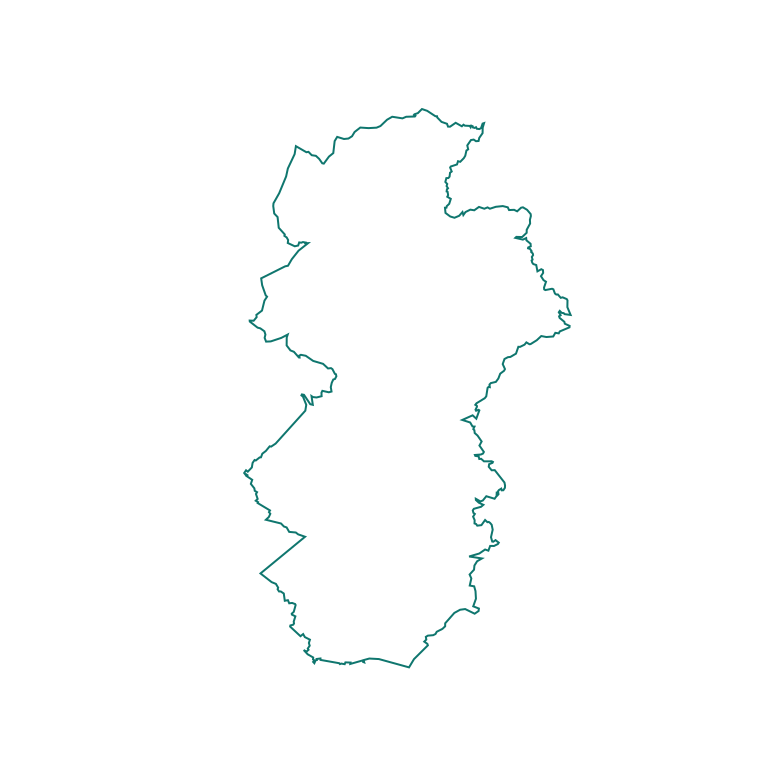 the district of Gómez Farías, Jalisco, Mexico, rotated 301°
{"feature_id": "50627088B14900923212728", "entity_name": "Gómez Farías", "entity_type": "district", "adm_level": 2, "iso_a3": "MEX", "parent_name": "Mexico", "parent_adm1": "Jalisco", "projection": "albers", "projection_center": [-103.412, 19.86], "detail": "fine", "context": "isolated", "style": "outline", "palette": "teal", "viewbox_px": 768, "rotation_deg": 301, "n_neighbors": 0, "source": "geoboundaries", "source_scale": "gbopen_adm2", "svg_char_len": 6166}
<svg xmlns="http://www.w3.org/2000/svg" viewBox="0 0 768 768"><g transform="rotate(301 384 384)"><path d="M235.7,310.0L234.9,312.0L235.6,312.2L235.5,313.9L234.3,313.7L234.0,320.4L229.8,321.3L227.8,326.6L225.9,328.2L225.9,330.9L223.8,330.9L220.4,334.9L217.9,334.2L217.9,336.9L216.9,337.0L216.9,351.4L214.9,351.4L214.2,353.4L210.7,353.8L206.8,352.7L211.4,367.6L210.3,371.6L210.9,374.4L208.4,378.9L211.3,384.9L210.9,387.8L212.4,395.0L158.0,375.7L156.3,389.7L157.0,394.3L154.9,398.2L153.3,398.5L152.1,400.9L153.0,402.4L152.8,406.0L147.1,410.6L149.2,413.0L147.2,415.7L149.0,418.0L149.6,421.2L149.0,422.1L142.2,424.0L139.6,423.2L138.9,423.8L139.2,427.7L133.8,429.0L132.4,430.2L131.0,430.2L128.8,428.1L127.7,428.5L124.8,442.3L128.0,443.5L126.3,446.5L126.7,452.2L123.3,453.0L121.4,455.1L118.0,454.9L117.3,456.2L114.7,455.4L114.6,452.2L113.0,457.8L113.1,464.2L111.4,465.0L111.2,466.8L109.3,466.4L108.8,468.1L111.9,467.7L112.8,468.6L113.6,467.9L116.0,470.9L114.8,471.7L121.6,489.4L121.2,490.5L122.3,491.3L123.6,494.6L125.5,494.3L128.0,498.8L126.7,499.3L136.3,508.3L135.0,509.2L135.2,510.4L136.8,508.7L141.1,512.8L145.6,521.3L154.0,551.4L163.6,551.4L182.6,556.2L183.6,555.0L183.9,551.2L186.7,551.9L188.8,550.1L190.9,551.2L194.0,555.5L196.2,556.9L198.8,556.8L204.2,560.2L207.8,561.2L210.4,559.7L224.0,562.2L229.7,565.5L232.9,569.5L233.8,580.0L238.1,582.0L240.4,581.0L239.4,575.0L247.3,573.4L253.6,569.1L257.0,565.5L255.4,561.3L262.3,559.0L264.8,555.5L271.2,556.8L275.0,555.0L280.0,555.1L284.9,557.8L280.0,545.8L287.8,553.0L294.2,555.9L294.9,559.3L299.9,558.4L301.8,561.7L305.4,564.0L307.1,564.1L307.6,560.0L305.1,558.9L304.7,557.9L307.8,554.6L315.1,552.2L318.8,548.8L319.6,546.4L319.7,544.8L318.8,543.8L319.5,540.7L313.2,540.2L310.6,536.9L311.4,535.1L311.1,533.4L314.0,531.8L316.2,528.7L319.4,528.8L319.6,527.0L321.4,525.2L323.3,525.3L328.7,530.4L331.6,531.4L331.1,526.4L331.9,522.5L332.9,521.8L333.0,527.1L335.0,528.7L340.5,529.5L342.6,537.9L345.9,538.2L349.8,536.1L347.5,538.7L348.5,538.9L350.8,537.0L352.2,537.1L354.7,538.4L353.5,539.7L354.4,541.0L357.3,541.1L359.4,540.0L361.6,538.0L367.2,523.3L365.5,520.7L367.0,516.4L369.4,515.4L372.3,517.6L373.3,517.5L373.2,516.1L369.2,509.5L369.9,505.8L368.8,504.3L370.7,502.4L369.4,499.3L370.0,498.5L373.5,503.4L375.4,504.7L377.2,504.6L380.4,497.5L385.0,497.3L388.0,490.7L388.7,487.0L390.9,485.3L391.3,483.8L394.1,483.5L393.2,481.7L395.4,477.7L393.5,469.6L402.8,476.1L401.8,481.0L410.5,479.3L410.6,478.4L408.5,476.7L409.1,475.7L412.4,475.4L413.2,474.7L413.2,473.0L415.1,473.2L423.8,477.7L426.1,478.0L434.0,474.8L435.4,475.1L435.8,476.3L437.9,474.7L439.8,475.1L443.4,478.8L447.6,479.2L452.7,478.3L457.2,480.1L459.1,480.0L462.2,475.5L467.5,474.4L470.8,476.4L472.3,478.4L478.0,481.5L485.1,480.0L485.9,481.5L490.1,484.2L493.0,484.6L493.0,488.2L493.7,489.1L500.2,492.4L506.1,494.1L507.9,499.0L511.9,504.6L516.1,504.5L517.4,507.7L519.6,507.6L528.1,513.8L529.4,513.2L528.8,507.9L530.2,506.6L531.1,500.5L532.2,499.2L533.9,500.0L535.5,496.9L537.2,497.0L536.5,499.7L537.3,501.5L536.9,502.8L539.3,508.4L544.3,501.6L550.2,498.2L550.9,496.9L550.3,492.5L548.9,491.1L550.3,486.9L549.4,485.6L549.6,483.9L552.4,480.4L552.2,479.0L547.6,473.9L547.6,472.6L549.1,471.5L555.1,470.2L555.2,467.2L557.3,463.0L561.2,463.2L563.5,461.6L563.4,459.7L559.6,457.5L564.4,453.2L563.7,450.2L564.4,448.5L565.9,446.9L567.1,447.3L569.0,445.3L571.3,445.4L572.5,444.3L573.0,442.1L573.9,442.1L575.0,439.6L574.5,437.6L575.3,437.3L577.6,438.9L579.7,437.4L580.5,432.1L582.3,430.7L579.3,428.7L576.9,421.3L578.3,421.7L581.1,426.7L587.1,428.4L589.7,426.9L596.8,426.6L599.9,424.5L603.6,423.4L605.2,422.2L607.0,416.9L607.0,412.1L605.7,410.7L600.6,409.2L600.3,405.8L597.5,401.6L599.2,399.1L597.7,394.2L593.5,388.6L588.8,384.5L588.7,381.8L585.9,379.7L584.7,374.2L579.4,371.9L577.9,368.2L573.4,365.3L569.7,365.0L571.8,362.7L566.9,361.8L562.8,358.8L561.7,354.5L562.3,348.6L566.5,345.5L567.3,346.7L568.8,346.2L572.0,347.1L577.1,345.9L577.1,341.8L578.9,341.7L581.5,339.5L581.3,338.5L582.9,337.8L584.4,337.6L584.4,338.8L585.9,335.7L588.0,335.2L588.8,332.5L592.6,331.4L593.7,333.1L595.5,333.4L599.1,331.8L601.0,332.6L603.6,329.2L604.8,329.2L609.8,333.5L613.1,332.7L613.7,334.9L618.7,336.1L621.5,336.1L626.6,334.4L628.5,335.3L631.4,332.5L637.9,332.9L639.7,335.0L639.5,337.8L641.0,339.9L644.0,338.9L649.8,339.3L654.5,336.6L659.2,335.4L658.0,334.4L653.3,335.4L651.6,334.4L650.6,332.1L651.5,330.6L650.2,329.8L649.7,328.0L650.6,327.3L650.4,325.7L648.7,326.0L649.4,324.6L647.1,320.3L647.2,318.6L645.0,318.0L644.8,310.9L638.6,308.1L637.6,306.3L639.5,304.0L638.3,298.3L639.9,292.3L640.8,291.6L640.0,290.1L640.4,280.3L639.2,274.9L633.6,273.5L630.9,271.2L630.2,271.1L630.1,272.8L629.2,272.7L624.5,265.4L621.2,263.0L617.3,253.4L612.1,250.5L603.3,248.1L599.9,245.6L595.4,239.0L591.6,231.6L584.9,229.0L579.9,229.0L576.1,227.1L573.4,223.5L571.7,216.6L566.8,216.6L555.8,221.6L550.6,219.7L541.9,218.9L541.4,217.4L543.6,212.4L544.5,208.1L542.9,204.2L544.1,199.7L542.7,198.1L542.5,186.0L535.0,189.0L519.2,190.6L511.5,193.2L493.5,195.9L482.0,196.2L479.5,197.4L473.6,202.1L472.3,206.8L463.7,213.3L461.1,221.9L459.7,222.3L459.5,225.1L458.0,227.7L455.3,228.9L456.1,236.6L458.5,239.1L461.7,238.4L462.5,240.3L463.9,241.4L464.9,244.0L464.3,244.1L465.7,246.4L454.3,242.1L443.5,240.7L435.9,240.8L434.0,238.7L411.3,224.3L405.9,228.7L399.1,236.9L398.6,238.8L393.9,238.6L384.1,241.6L377.5,239.0L375.7,240.4L371.1,239.7L369.2,236.2L368.4,236.8L367.2,246.6L368.0,249.3L367.6,254.3L365.3,256.9L362.1,257.9L359.6,261.1L362.2,265.0L370.6,272.2L376.8,276.0L373.7,276.7L366.9,280.7L364.6,286.5L365.2,290.2L362.9,297.4L363.2,298.0L364.8,296.8L366.2,297.7L367.9,302.4L367.3,311.4L369.9,321.4L368.5,328.0L370.3,330.4L370.2,332.1L367.4,336.7L367.6,337.8L366.1,339.2L363.1,339.4L361.7,338.2L358.1,338.6L353.9,340.0L350.5,342.9L348.5,341.0L346.4,334.7L344.3,334.9L341.4,336.8L337.7,333.1L336.2,329.8L336.3,328.1L329.5,333.7L328.7,331.2L333.5,321.0L332.8,319.0L331.7,319.1L331.5,321.0L326.1,328.1L320.6,330.3L277.1,321.8L272.2,319.5L271.7,318.1L265.7,317.2L261.6,315.6L257.8,316.3L257.0,315.2L252.4,313.5L252.2,312.2L248.7,312.0L244.4,313.7L238.7,312.4L239.0,310.2L235.7,310.0Z" fill="none" stroke="#0f766e" stroke-width="2"/></g></svg>